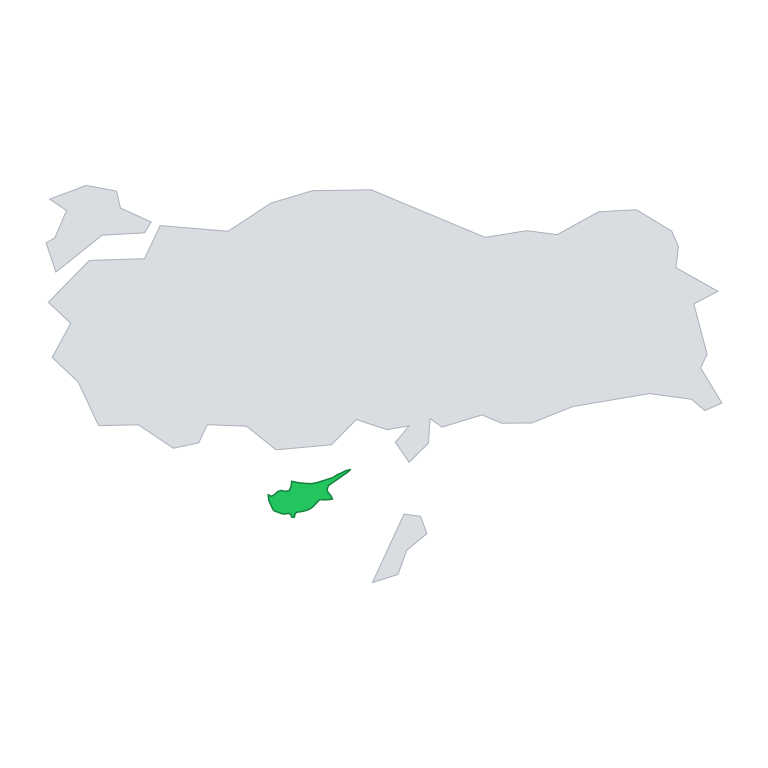 Cyprus shown with its bordering countries
{"feature_id": "CYP", "entity_name": "Cyprus", "entity_type": "country or territory", "adm_level": 0, "iso_a3": "CYP", "parent_name": "Asia", "parent_adm1": "", "projection": "robinson", "projection_center": [33.299, 35.116], "detail": "fine", "context": "with_neighbors", "style": "filled", "palette": "green", "viewbox_px": 768, "rotation_deg": 0, "n_neighbors": 2, "source": "natural_earth", "source_scale": "50m", "svg_char_len": 1636}
<svg xmlns="http://www.w3.org/2000/svg" viewBox="0 0 768 768"><path d="M398.0,574.4L372.4,582.6L404.0,514.1L420.6,516.3L426.8,533.6L406.8,550.2L398.0,574.4Z" fill="#d9dde1" stroke="#a8b0b8" stroke-width="1"/><path d="M721.9,403.1L704.8,410.5L691.6,399.3L649.1,393.6L573.0,406.5L531.5,423.0L501.6,423.2L482.0,414.9L442.1,427.1L430.1,418.6L428.4,443.1L409.1,462.3L395.4,442.4L409.1,425.9L386.9,429.7L356.4,419.5L331.4,444.8L276.0,449.8L246.5,426.2L207.3,424.7L198.7,442.9L173.4,448.2L138.4,424.8L98.6,425.6L78.1,381.9L52.2,357.5L70.7,323.3L48.4,302.3L89.3,260.4L144.5,258.7L160.1,225.6L228.0,231.3L271.0,203.1L312.4,190.7L371.1,189.8L485.1,237.4L526.5,230.7L557.3,234.6L598.6,211.8L636.4,209.7L671.7,231.1L678.4,246.5L676.0,267.7L717.9,291.3L693.8,303.9L707.1,354.3L700.6,367.9L721.9,403.1ZM49.7,199.1L86.2,185.4L116.6,191.2L120.4,208.0L151.2,222.1L144.5,232.8L102.1,235.2L55.9,272.1L46.1,242.8L54.7,237.9L66.6,210.6L49.7,199.1Z" fill="#d9dde1" stroke="#a8b0b8" stroke-width="1"/><path d="M331.4,496.4L332.4,499.0L328.2,499.7L324.0,499.9L321.7,499.6L319.5,499.8L312.7,507.0L309.1,509.4L304.7,510.9L300.3,511.8L298.1,511.9L296.1,512.8L294.7,514.4L294.7,516.1L294.1,517.4L291.7,517.1L290.7,514.5L288.9,513.4L284.6,514.0L282.5,513.9L275.6,511.4L273.6,510.4L272.3,508.2L268.8,500.5L268.2,494.8L271.5,496.3L274.6,494.5L277.5,491.6L281.1,490.4L283.3,490.9L285.5,491.4L289.4,490.5L291.1,486.2L291.7,481.3L298.4,482.7L305.1,483.4L310.7,483.7L316.1,482.9L332.8,477.6L337.5,474.5L340.4,473.4L345.5,470.8L350.8,469.4L347.4,472.4L328.4,485.6L327.1,489.5L328.0,492.3L330.7,495.6L331.4,496.4Z" fill="#22c55e" stroke="#15803d" stroke-width="1.5"/></svg>